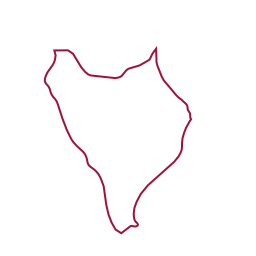 the border of Gia Lai, rotated 161°
{"feature_id": "VNM-478", "entity_name": "Gia Lai", "entity_type": "Province", "adm_level": 1, "iso_a3": "VNM", "parent_name": "Vietnam", "parent_adm1": "", "projection": "equal_earth", "projection_center": [108.233, 13.818], "detail": "fine", "context": "isolated", "style": "outline", "palette": "rose", "viewbox_px": 256, "rotation_deg": 161, "n_neighbors": 0, "source": "natural_earth", "source_scale": "10m", "svg_char_len": 1461}
<svg xmlns="http://www.w3.org/2000/svg" viewBox="0 0 256 256"><g transform="rotate(161 128 128)"><path d="M75.6,193.8L76.8,190.0L79.6,181.0L79.9,177.4L79.4,165.8L78.7,161.5L71.5,142.8L70.0,139.9L67.9,137.0L67.8,136.5L66.9,134.7L65.3,132.0L64.8,130.3L64.8,129.0L65.4,126.5L65.5,125.4L64.6,121.8L65.0,119.9L65.5,118.5L65.7,117.2L65.5,115.7L67.4,114.4L73.1,109.2L76.6,105.1L79.8,100.5L81.7,96.4L82.9,93.1L84.2,90.1L86.2,87.6L89.6,84.5L95.5,80.9L127.7,67.4L137.2,61.6L143.8,55.5L147.9,50.4L150.4,45.4L151.4,42.0L151.7,39.5L151.6,38.0L151.3,37.0L150.3,35.1L150.1,34.2L150.2,33.1L150.8,32.6L151.7,32.4L152.9,32.4L154.0,32.8L156.0,34.0L156.7,34.4L157.6,34.4L168.6,30.7L172.8,36.0L174.3,44.1L174.6,52.4L173.6,62.2L170.0,80.7L170.1,88.4L170.8,93.5L172.2,97.3L173.6,99.9L176.3,103.8L177.1,105.4L177.5,107.0L177.4,109.2L177.0,111.6L176.9,114.7L177.2,117.4L178.3,120.4L182.3,127.7L184.5,133.1L185.3,136.4L186.5,146.1L186.9,158.8L186.6,173.8L186.8,176.4L187.4,178.7L188.9,182.8L189.4,185.0L189.5,187.1L189.3,189.5L189.4,191.6L189.7,193.3L191.0,196.5L191.4,198.1L191.3,199.8L190.4,201.8L188.6,204.2L185.8,207.0L178.4,212.3L176.5,214.2L174.8,216.4L172.8,220.2L172.4,225.3L159.5,221.0L155.8,216.1L152.5,200.9L151.4,197.9L150.3,195.1L148.3,191.8L146.3,189.9L123.7,179.3L120.3,178.8L118.5,178.9L116.9,179.4L111.0,183.0L109.5,183.6L107.9,183.9L96.8,183.4L86.1,185.4L85.2,185.8L84.5,186.4L80.9,190.1L78.3,192.0L75.6,193.8Z" fill="none" stroke="#9f1239" stroke-width="2"/></g></svg>